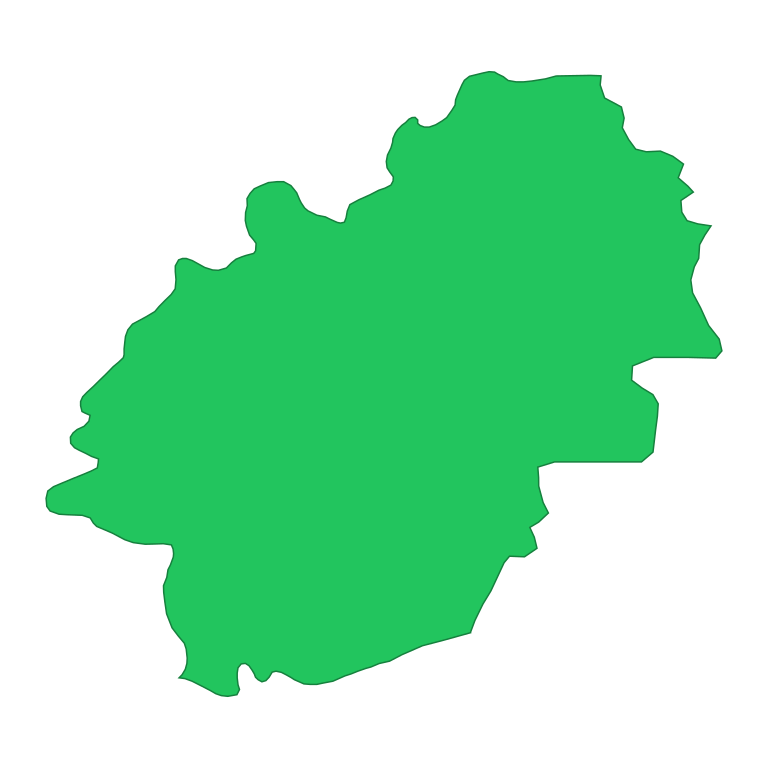 Liozna, Vitebsk, Belarus (Natural Earth projection)
{"feature_id": "67162791B19917337499758", "entity_name": "Liozna", "entity_type": "district", "adm_level": 2, "iso_a3": "BLR", "parent_name": "Belarus", "parent_adm1": "Vitebsk", "projection": "natural_earth1", "projection_center": [30.625, 55.016], "detail": "fine", "context": "isolated", "style": "filled", "palette": "green", "viewbox_px": 768, "rotation_deg": 0, "n_neighbors": 0, "source": "geoboundaries", "source_scale": "gbopen_adm2", "svg_char_len": 3504}
<svg xmlns="http://www.w3.org/2000/svg" viewBox="0 0 768 768"><path d="M95.9,525.6L96.7,526.4L112.1,533.0L124.8,539.7L133.2,542.6L145.2,544.2L154.1,544.0L163.3,543.7L171.4,544.9L173.1,549.0L173.6,553.6L173.3,557.1L170.4,565.0L168.0,569.7L166.8,577.4L163.5,585.7L163.7,592.3L164.9,602.1L166.6,613.8L172.1,627.9L178.3,636.0L184.3,643.2L186.2,649.0L187.2,658.1L186.9,663.5L185.3,669.3L182.1,674.7L179.1,677.8L185.0,678.6L192.1,681.2L200.8,685.6L210.3,690.5L215.8,693.7L221.3,695.6L227.8,696.3L236.9,694.7L239.5,689.5L238.0,684.7L237.2,677.8L237.2,673.1L238.0,667.8L241.2,663.9L245.4,663.4L249.0,665.7L252.2,670.3L254.3,673.9L255.5,677.2L258.1,679.7L261.9,681.8L265.9,680.6L269.1,677.2L272.2,672.1L276.0,671.2L281.3,672.3L286.2,674.8L291.0,677.5L294.4,679.7L300.1,682.2L303.9,683.9L310.3,684.4L316.8,684.4L322.9,683.1L332.9,681.2L344.9,675.9L351.1,673.9L357.8,671.2L365.8,668.4L370.9,667.0L379.2,663.5L389.4,661.2L389.5,661.2L401.9,654.7L422.5,645.7L441.4,640.8L470.6,632.7L470.5,632.3L474.9,620.5L482.9,604.1L490.9,590.9L504.1,562.7L509.5,556.2L524.5,556.8L537.0,548.3L534.3,537.2L529.8,527.4L538.7,522.1L548.4,513.0L543.1,502.5L538.7,486.1L538.6,477.6L537.8,467.1L554.6,461.9L583.8,461.9L613.1,461.9L641.5,461.9L653.0,452.1L655.6,429.9L657.4,416.2L658.2,403.8L652.9,394.6L642.2,388.1L631.6,380.2L632.5,365.9L653.7,357.4L688.3,357.4L715.7,358.1L721.9,350.9L719.2,339.1L708.6,325.5L700.6,307.9L692.6,292.9L690.8,279.9L694.3,266.8L698.7,258.4L699.6,244.7L704.9,235.0L711.0,225.9L697.8,223.9L687.1,220.7L681.8,212.2L680.9,200.5L693.3,192.1L687.9,186.2L678.2,177.8L683.5,164.1L672.8,156.3L660.4,151.1L646.3,151.8L635.7,149.2L628.6,139.5L622.3,127.8L624.1,118.1L621.4,107.0L604.6,98.0L600.2,85.0L601.0,76.6L601.0,75.8L590.2,75.4L556.2,76.0L545.4,78.9L532.0,81.0L523.4,81.9L516.2,81.9L508.1,80.5L503.3,76.7L497.7,74.0L494.6,72.1L489.1,71.7L482.9,73.0L469.5,76.3L464.4,80.3L462.0,84.7L457.3,95.3L455.6,99.8L455.1,105.1L451.8,110.4L446.7,117.6L442.2,120.9L435.7,124.8L429.2,127.1L424.4,127.1L420.1,125.5L417.7,123.4L417.7,119.9L415.1,117.4L412.0,117.6L408.9,119.2L405.7,122.5L401.9,125.3L397.8,129.5L395.4,133.0L393.0,138.5L392.6,142.3L390.9,148.1L387.5,155.0L386.3,161.5L387.1,167.8L389.7,171.9L393.3,176.8L393.1,181.0L390.9,185.1L385.1,188.1L378.9,190.2L370.0,194.8L359.0,199.7L349.9,204.6L347.3,211.0L346.1,217.8L344.4,222.2L340.5,223.1L337.2,222.4L330.0,219.2L325.4,216.9L316.8,215.2L307.9,210.8L304.6,208.0L301.2,202.9L299.5,199.5L296.7,192.8L293.8,189.1L290.9,185.6L283.7,181.7L277.0,181.7L268.4,182.6L260.0,186.1L254.2,188.8L250.1,193.4L247.0,198.6L247.3,205.8L245.6,212.5L245.3,220.5L246.5,226.3L249.6,235.1L253.7,240.0L256.1,243.4L255.6,250.8L253.7,253.4L245.8,255.5L241.7,256.9L236.0,259.2L231.4,262.9L226.4,268.0L218.4,270.3L212.7,270.0L204.8,267.5L198.1,263.8L192.3,260.6L186.3,258.5L182.5,258.5L178.6,259.9L175.3,265.9L175.3,271.6L176.0,279.7L175.2,288.8L171.2,294.5L165.2,300.3L159.1,306.5L154.8,311.6L145.9,316.9L132.5,324.1L127.9,329.8L125.5,336.3L124.8,342.2L124.1,348.9L124.1,354.7L123.3,357.7L118.5,362.3L113.2,366.7L106.8,373.3L99.8,380.1L93.1,386.7L86.8,392.5L82.7,396.8L80.6,401.5L80.6,405.8L82.0,411.5L84.9,413.0L90.1,415.3L88.9,421.2L84.1,426.3L77.2,429.5L73.1,432.9L70.4,437.1L70.7,443.3L74.5,447.7L79.1,450.2L85.8,453.4L91.5,456.4L98.5,458.9L98.2,462.6L97.3,467.9L91.0,471.1L81.7,475.0L73.7,478.2L61.5,483.3L53.5,486.7L47.8,491.0L46.1,498.4L46.8,506.4L50.1,511.0L59.0,514.2L67.0,514.7L82.3,515.3L90.2,517.9L93.4,523.1L95.9,525.6Z" fill="#22c55e" stroke="#15803d" stroke-width="1.5"/></svg>